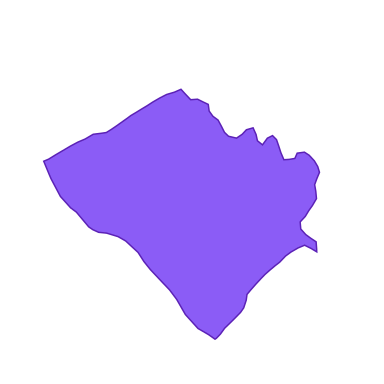 the district of VI-4 Lower Corentyne Rive, East Berbice-Corentyne, Guyana, rotated 129°
{"feature_id": "73187651B56094109517329", "entity_name": "VI-4 Lower Corentyne Rive", "entity_type": "district", "adm_level": 2, "iso_a3": "GUY", "parent_name": "Guyana", "parent_adm1": "East Berbice-Corentyne", "projection": "mercator", "projection_center": [-57.321, 5.762], "detail": "fine", "context": "isolated", "style": "filled", "palette": "violet", "viewbox_px": 384, "rotation_deg": 129, "n_neighbors": 0, "source": "geoboundaries", "source_scale": "gbopen_adm2", "svg_char_len": 1484}
<svg xmlns="http://www.w3.org/2000/svg" viewBox="0 0 384 384"><g transform="rotate(129 192 192)"><path d="M261.4,326.6L268.3,313.9L270.4,309.9L278.3,291.4L279.2,285.6L280.7,276.4L280.4,269.2L284.1,250.3L283.7,245.4L282.1,239.2L277.7,232.5L273.2,221.4L271.8,212.7L272.9,195.9L276.3,185.6L278.5,175.5L280.9,157.8L282.2,147.8L285.1,136.3L291.4,120.0L294.3,101.4L292.4,89.3L291.9,81.5L290.3,81.0L284.5,80.5L277.3,80.9L270.8,80.1L263.6,79.3L255.0,78.5L249.5,78.9L241.9,81.8L237.0,84.8L230.7,84.7L223.6,84.4L215.9,83.9L210.2,83.4L204.1,82.4L196.9,81.0L191.4,79.7L182.9,79.0L176.4,77.3L168.8,74.4L162.5,71.0L161.0,64.3L160.0,57.4L157.7,59.4L152.6,64.2L153.2,70.6L153.5,76.8L152.3,84.2L147.2,89.1L139.6,88.6L133.1,89.5L126.7,89.9L118.8,91.1L113.4,96.4L109.1,101.3L103.3,103.3L96.5,105.3L93.1,110.3L90.8,116.5L89.7,124.1L90.3,129.7L95.6,134.7L101.2,133.2L105.5,137.0L109.1,140.9L105.5,147.7L101.6,153.7L98.1,159.3L97.5,164.9L102.7,167.3L111.0,166.9L111.0,173.4L107.0,178.4L103.7,184.9L109.4,188.9L115.5,189.3L122.1,191.3L125.7,198.7L125.2,204.3L122.5,210.3L119.7,217.0L120.0,223.4L118.3,229.6L113.7,234.5L115.1,240.3L116.4,246.1L121.1,251.1L120.0,259.3L119.1,265.2L125.5,268.5L132.2,273.1L139.2,276.2L146.8,279.1L153.0,281.1L159.6,283.5L165.3,285.5L171.0,287.6L176.4,289.0L182.8,290.8L188.9,292.5L194.2,294.1L199.7,296.0L203.4,299.4L209.3,305.1L218.1,308.4L225.1,312.1L232.9,315.4L242.3,318.9L248.7,321.3L256.7,324.1L261.4,326.6Z" fill="#8b5cf6" stroke="#5b21b6" stroke-width="1.5"/></g></svg>